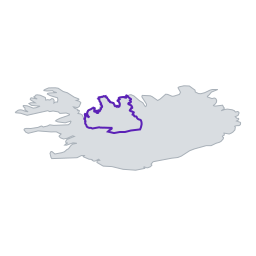 Norðurland vestra highlighted on a map of Iceland
{"feature_id": "ISL-697", "entity_name": "Norðurland vestra", "entity_type": "Region", "adm_level": 1, "iso_a3": "ISL", "parent_name": "Iceland", "parent_adm1": "", "projection": "robinson", "projection_center": [-19.727, 65.454], "detail": "fine", "context": "in_parent", "style": "outline", "palette": "violet", "viewbox_px": 256, "rotation_deg": 0, "n_neighbors": 0, "source": "natural_earth", "source_scale": "10m", "svg_char_len": 8144}
<svg xmlns="http://www.w3.org/2000/svg" viewBox="0 0 256 256"><path d="M198.6,93.6L200.9,93.7L204.7,92.7L210.1,90.1L212.4,89.5L217.8,89.5L211.4,92.1L209.1,94.9L207.4,96.3L207.4,96.9L212.0,98.6L214.2,98.0L215.2,98.3L216.1,99.1L216.7,100.7L216.4,102.3L215.2,104.0L213.4,105.4L213.7,105.8L215.2,106.1L222.6,105.2L223.6,107.3L224.3,108.0L224.1,108.7L221.2,110.8L224.7,109.5L227.4,109.1L232.2,109.8L234.2,110.6L235.4,112.0L237.8,111.5L238.9,112.3L239.0,113.2L238.0,115.5L235.2,116.7L237.0,118.4L238.5,118.4L238.7,118.8L238.6,119.8L236.5,121.0L240.2,122.3L240.6,122.8L240.5,124.3L239.9,125.1L238.9,125.6L236.3,125.7L234.7,126.3L235.3,127.2L234.9,129.9L232.9,132.1L231.1,133.2L229.2,134.0L224.0,133.1L224.3,135.0L222.4,136.2L222.8,137.1L223.5,137.6L223.2,138.9L221.0,141.4L219.3,142.3L216.0,143.3L211.2,145.6L206.3,145.6L194.4,148.9L189.7,150.7L181.3,156.1L177.8,157.5L171.6,158.2L153.2,161.7L151.2,163.9L151.1,164.3L151.9,165.1L150.5,166.7L147.7,167.8L146.4,167.7L144.1,166.8L143.8,167.3L144.7,168.4L135.7,170.2L123.1,169.3L112.0,166.6L103.2,166.1L97.0,162.5L96.9,161.9L97.5,160.8L99.8,160.3L98.7,159.2L95.0,161.1L93.7,161.1L92.1,160.3L92.1,159.5L89.0,159.2L83.6,156.9L83.2,156.4L84.5,155.6L84.3,155.5L81.3,155.6L77.1,157.7L51.8,158.6L51.0,157.4L50.0,153.3L51.0,151.5L52.0,151.6L54.9,154.0L61.7,152.7L64.4,151.8L67.0,149.5L68.5,148.8L70.6,145.9L72.6,144.1L76.9,143.3L73.1,142.8L66.7,145.1L64.6,145.1L65.6,144.1L67.8,142.9L66.3,142.9L65.8,142.3L65.7,141.3L66.9,139.5L74.4,136.4L72.6,135.8L67.4,138.2L63.6,139.0L60.6,137.9L59.1,136.5L59.2,135.9L61.1,134.0L60.8,133.6L59.6,133.5L56.3,131.8L51.0,131.9L38.0,130.9L28.2,133.3L25.8,132.2L24.0,129.9L24.4,128.9L26.1,128.4L30.9,128.5L38.0,127.4L41.3,126.0L42.5,126.4L43.1,127.0L47.4,126.0L49.8,124.8L53.7,125.4L68.3,124.8L70.2,123.3L71.0,121.5L70.7,121.1L65.3,122.8L64.1,122.7L57.9,121.9L55.6,120.9L56.4,120.1L59.7,118.4L68.2,115.5L69.4,114.9L69.5,114.2L66.2,113.0L59.9,113.4L58.3,111.9L53.1,111.0L49.6,111.6L47.8,110.7L27.1,115.3L20.5,113.2L15.8,112.8L15.4,112.2L18.2,110.2L20.1,109.8L22.0,110.0L25.6,111.4L28.1,111.8L25.0,109.8L24.9,107.8L24.0,107.3L23.1,106.0L23.5,105.5L27.2,105.8L33.2,108.1L36.2,107.7L40.0,106.2L31.5,105.4L28.9,103.6L30.8,102.7L35.2,102.8L30.4,99.7L30.2,99.1L31.1,97.8L37.2,99.0L34.0,97.1L33.9,96.7L34.9,96.4L35.4,95.3L37.0,94.8L40.1,95.2L44.9,97.3L45.5,97.9L45.7,100.1L47.6,99.7L49.9,100.0L51.8,98.6L53.1,98.9L54.1,100.2L53.9,103.1L55.2,102.1L57.5,102.0L57.9,99.7L57.5,97.8L50.2,95.6L47.3,94.0L47.6,93.4L49.1,93.0L56.8,92.6L53.5,91.6L52.7,90.7L46.9,91.0L43.9,90.6L43.9,90.2L45.1,89.4L48.7,87.9L55.4,87.8L58.1,88.2L63.2,91.5L67.4,92.8L74.3,97.2L78.7,98.9L78.9,99.4L78.2,99.9L76.4,100.5L79.1,101.2L80.7,102.4L80.8,102.9L79.3,106.4L77.6,107.6L73.4,106.9L74.4,108.1L77.4,109.3L78.0,109.9L77.6,110.6L79.0,110.4L79.4,110.8L78.7,112.8L78.0,113.5L80.4,113.9L82.1,114.9L84.2,119.0L85.3,115.9L85.9,114.7L86.9,114.3L88.2,111.1L91.0,109.2L93.5,108.5L96.2,110.7L98.1,111.0L100.2,107.0L100.5,104.2L99.9,101.0L100.2,98.7L101.5,97.4L103.3,97.0L107.0,98.3L110.1,101.5L114.7,104.9L118.0,105.7L118.6,105.6L119.1,104.5L118.7,100.0L120.2,97.6L124.0,97.0L129.8,94.8L131.1,94.7L134.0,96.0L139.2,100.5L142.8,102.7L144.8,106.0L145.7,106.6L146.4,105.6L146.5,104.1L142.0,97.1L141.9,96.2L142.3,95.4L150.3,95.8L152.1,96.6L157.7,100.5L160.4,98.9L165.7,94.2L167.6,94.4L172.2,96.3L174.0,96.1L179.4,94.4L180.5,92.2L178.0,87.8L179.0,86.9L183.9,85.8L189.3,86.0L195.0,90.1L195.3,92.0L198.6,93.6Z" fill="#d9dde1" stroke="#a8b0b8" stroke-width="1"/><path d="M85.1,121.6L85.3,121.5L85.5,121.2L85.2,120.5L85.1,120.1L85.1,119.9L84.9,119.6L84.5,119.2L84.4,119.0L84.7,118.7L84.8,118.6L84.7,118.4L84.8,118.2L85.1,118.1L85.2,117.9L85.3,117.5L85.3,117.1L84.9,115.1L84.8,114.3L85.1,113.9L85.7,114.1L86.2,114.6L86.8,115.7L87.4,116.3L87.5,116.5L88.3,116.8L88.6,117.0L88.8,116.8L88.2,116.2L87.8,115.4L87.4,114.5L87.2,113.7L87.2,113.1L87.2,112.7L87.2,112.3L87.3,112.1L87.6,111.9L87.7,111.7L87.9,111.0L88.0,110.8L88.6,110.2L90.9,109.2L92.2,108.3L92.6,108.2L93.0,108.1L93.3,108.0L93.4,107.7L93.6,107.7L93.8,107.8L94.2,108.1L94.3,108.1L94.6,108.1L94.7,108.3L94.5,108.5L94.3,109.5L94.3,110.1L94.5,110.5L94.2,110.9L94.2,111.4L94.4,111.6L94.9,111.5L94.7,111.1L94.7,110.6L95.0,110.4L95.4,110.6L95.6,110.8L95.6,111.1L95.7,111.4L95.6,111.6L95.6,111.8L96.0,112.0L96.3,112.3L96.4,112.5L96.5,112.6L96.7,112.8L96.9,112.9L97.2,113.0L97.4,113.0L97.7,113.0L97.8,112.9L98.2,112.8L98.3,112.5L98.4,112.1L98.7,111.5L98.5,111.4L98.1,111.1L97.9,111.0L97.2,111.0L96.9,111.0L96.6,110.8L97.3,110.7L97.9,110.6L98.2,110.6L98.8,110.3L99.0,110.3L99.3,110.5L99.2,111.7L99.5,112.1L99.4,111.7L99.6,111.3L99.8,111.0L99.5,110.6L99.8,110.3L100.4,109.8L100.7,109.5L100.8,109.3L100.8,108.8L101.0,108.6L101.5,108.5L101.9,108.5L101.5,108.4L101.2,108.1L101.2,107.7L101.5,107.6L101.7,107.4L101.9,107.2L102.1,106.8L102.1,106.4L101.9,105.7L101.5,105.1L101.0,104.6L100.6,104.3L100.6,104.1L101.1,103.8L100.9,103.1L100.4,102.2L99.6,101.3L99.5,101.0L99.3,100.1L99.2,99.7L99.0,99.3L98.7,99.1L98.3,98.8L98.6,98.6L98.9,98.2L99.0,97.7L98.8,97.4L99.2,97.2L99.7,97.2L100.5,97.2L101.1,96.9L101.3,96.9L101.6,96.8L102.3,96.9L102.7,96.7L103.4,96.2L103.7,96.1L104.8,96.3L105.0,96.3L105.6,96.1L105.7,96.7L106.0,97.0L106.4,97.2L106.9,97.4L106.8,97.6L107.0,97.7L107.1,97.9L107.3,98.3L107.6,98.7L108.4,99.6L108.6,99.8L108.6,100.0L109.0,100.3L108.9,100.4L108.8,100.6L108.7,100.7L109.1,101.0L109.6,101.3L110.0,101.6L110.0,102.1L110.3,102.3L111.5,102.4L112.3,102.7L112.5,102.7L113.0,102.9L113.1,103.0L113.4,103.0L113.5,103.0L113.7,103.4L113.7,103.6L113.8,103.8L114.2,104.3L114.3,104.5L114.4,104.8L114.5,105.5L114.7,105.8L115.1,106.2L116.2,106.3L116.6,106.6L116.7,106.1L116.9,105.9L117.5,105.9L117.6,106.0L117.9,106.2L118.0,106.3L118.8,106.3L118.6,106.3L118.4,106.6L118.5,106.8L119.0,106.6L119.3,106.5L119.5,106.1L119.7,105.4L119.8,104.6L119.8,103.9L119.7,103.3L119.4,102.7L118.8,101.7L117.5,100.8L117.5,100.7L117.6,100.4L117.8,100.2L118.1,100.1L118.4,100.1L118.8,99.9L119.2,99.7L119.5,99.4L119.3,99.3L119.1,99.0L118.9,98.8L118.7,98.2L118.8,98.1L119.0,97.8L119.4,97.6L120.6,97.3L123.3,97.0L124.3,97.4L124.8,97.5L124.7,97.0L124.9,96.9L125.0,96.9L125.4,96.9L125.4,97.0L125.7,97.3L126.4,97.7L126.8,97.7L126.5,97.6L126.4,97.5L126.2,97.3L126.1,97.0L126.3,97.0L126.3,96.9L126.1,96.8L125.9,96.7L126.0,96.3L126.2,95.7L126.4,95.4L126.5,95.4L127.4,95.9L127.6,96.0L128.1,96.7L128.8,97.5L129.0,97.7L130.7,98.8L131.0,99.1L131.0,99.3L130.6,99.5L130.4,99.8L130.5,99.9L130.5,100.0L130.4,100.2L130.4,100.3L130.2,100.4L129.9,100.5L130.0,100.7L130.3,100.8L130.6,101.0L130.8,101.3L130.9,101.5L130.9,101.9L130.8,102.1L130.6,102.2L130.1,102.7L130.0,102.8L129.8,102.9L129.6,102.9L128.9,102.9L128.8,103.0L128.7,103.0L128.4,103.4L128.3,103.6L128.3,103.8L128.4,104.0L128.5,104.2L128.7,104.3L129.4,104.6L130.4,105.1L130.9,105.2L131.1,105.3L131.3,105.5L131.6,106.0L131.8,106.4L131.7,106.5L131.6,106.8L131.9,107.0L132.0,107.1L132.2,107.3L132.2,107.5L132.2,107.9L132.0,108.0L131.2,108.3L131.0,108.5L130.9,108.6L130.9,109.0L130.5,109.4L130.4,109.5L130.4,109.8L130.1,110.0L129.9,110.1L129.8,110.3L129.8,110.5L130.0,110.7L130.1,110.8L130.4,110.8L130.6,110.9L130.7,111.0L131.1,111.3L131.3,111.4L132.0,111.4L132.2,111.5L132.5,111.7L133.0,111.9L133.2,112.1L133.6,112.3L133.8,112.4L133.8,112.5L133.7,112.8L133.2,113.2L133.1,113.3L133.1,113.6L133.0,113.8L133.0,114.0L132.7,114.2L132.7,114.4L132.6,114.6L133.0,114.8L133.3,114.9L133.6,115.0L133.9,115.2L134.1,115.5L134.2,116.0L134.3,116.2L134.6,116.4L134.8,116.4L136.3,116.5L136.6,116.8L136.7,117.0L137.0,117.9L137.3,118.3L137.6,118.7L138.5,119.3L140.2,119.8L140.5,120.0L140.9,120.3L141.0,120.6L141.2,121.2L141.5,122.2L141.6,123.5L141.6,124.3L141.5,124.8L141.4,125.3L141.0,127.1L140.1,129.4L130.9,130.5L125.0,132.0L119.8,132.0L114.4,133.0L113.8,133.0L113.3,132.9L107.9,131.6L109.0,130.5L111.4,129.0L111.6,128.8L111.7,128.6L111.7,128.4L111.7,128.2L111.6,127.9L111.4,127.9L105.3,127.7L100.3,127.6L99.4,127.3L99.1,127.3L92.4,128.5L92.1,128.4L91.3,128.0L91.0,127.9L89.3,127.9L89.0,127.8L87.3,127.1L87.1,126.8L86.7,126.4L86.6,126.1L86.3,125.1L85.8,124.4L85.5,124.0L85.3,123.7L85.2,123.4L85.2,123.2L85.3,122.7L85.3,122.2L85.1,121.9L85.1,121.6Z" fill="none" stroke="#5b21b6" stroke-width="2"/></svg>